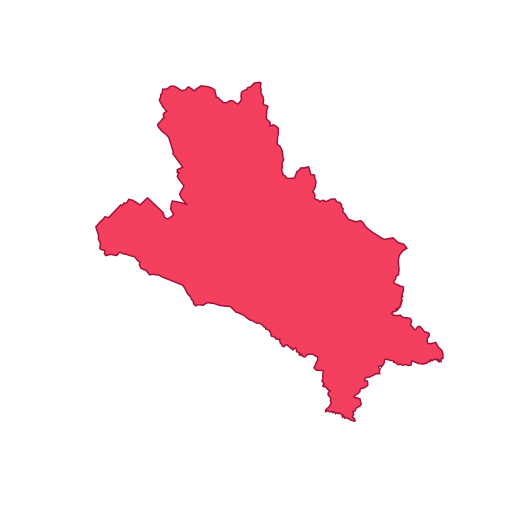 outline of Yen Binh, Yên Bái, Vietnam, rotated 341°
{"feature_id": "81297802B76693228184167", "entity_name": "Yen Binh", "entity_type": "district", "adm_level": 2, "iso_a3": "VNM", "parent_name": "Vietnam", "parent_adm1": "Yên Bái", "projection": "albers", "projection_center": [104.951, 21.859], "detail": "fine", "context": "isolated", "style": "filled", "palette": "rose", "viewbox_px": 512, "rotation_deg": 341, "n_neighbors": 0, "source": "geoboundaries", "source_scale": "gbopen_adm2", "svg_char_len": 6129}
<svg xmlns="http://www.w3.org/2000/svg" viewBox="0 0 512 512"><g transform="rotate(341 256 256)"><path d="M390.6,382.5L388.6,376.9L387.7,375.7L386.0,375.6L383.1,377.5L382.4,377.5L381.7,376.8L381.0,374.2L379.5,371.7L381.9,368.2L381.9,366.4L381.5,365.3L379.3,363.9L375.7,362.5L374.5,361.3L373.1,358.9L369.9,358.2L366.6,356.8L366.5,355.6L365.3,354.7L366.3,354.2L366.9,353.1L369.0,353.8L370.8,353.4L370.8,352.9L371.7,353.2L371.6,351.5L373.1,351.6L372.6,352.2L373.1,352.4L373.5,351.7L374.0,352.0L374.3,351.1L376.0,351.0L375.8,350.6L376.1,349.8L377.7,348.8L377.7,348.1L378.2,347.5L377.9,347.2L378.4,346.4L379.7,345.9L379.7,343.2L380.5,342.2L381.4,342.3L381.3,340.2L383.9,337.0L385.3,333.6L384.8,332.7L382.7,331.6L381.6,330.1L378.6,327.7L377.5,325.9L377.7,325.1L380.2,323.5L381.9,320.8L384.8,320.0L385.7,317.3L386.7,315.9L388.9,307.1L391.2,302.7L392.7,301.3L396.7,298.9L401.2,297.8L400.6,295.8L399.3,292.8L394.6,289.4L391.5,283.4L383.2,282.2L381.3,280.8L373.9,271.6L371.0,267.2L369.3,264.3L368.2,259.8L366.7,256.9L364.0,256.2L361.8,256.4L355.2,251.3L353.7,244.7L352.6,243.4L352.7,241.8L353.8,239.7L352.8,237.9L353.6,235.3L352.8,232.7L351.7,232.4L349.7,230.7L349.6,228.7L349.2,227.8L345.7,226.7L340.1,227.4L338.9,226.6L338.6,225.8L337.2,225.0L334.0,225.3L332.9,223.3L330.8,221.9L330.1,220.1L331.5,217.9L331.5,215.9L330.6,213.8L334.6,209.9L337.0,204.9L336.8,201.3L337.7,198.7L337.2,198.1L335.1,197.3L334.3,196.4L334.9,189.8L334.6,188.6L330.9,188.6L326.9,187.3L325.0,188.8L322.1,189.6L318.2,194.4L316.9,194.8L310.4,192.6L309.8,190.0L307.8,188.0L308.4,186.8L308.1,184.6L308.5,182.3L310.2,180.1L310.7,176.8L313.6,174.0L313.4,172.3L315.0,165.6L314.5,160.5L312.7,157.5L312.7,156.5L314.6,151.5L317.0,147.4L318.7,142.5L317.4,140.1L315.2,137.6L311.3,137.4L312.9,134.4L310.4,129.5L313.5,121.9L315.9,118.7L315.1,117.2L312.7,115.7L312.5,113.9L314.1,110.8L314.0,109.2L314.5,108.0L313.7,103.1L315.0,100.5L315.4,97.0L317.0,94.0L315.7,92.8L310.7,91.9L305.5,94.5L303.2,94.0L301.5,95.5L297.2,95.8L295.4,96.8L293.7,100.3L293.6,102.2L292.3,104.2L289.3,106.0L288.0,106.2L285.8,103.8L285.1,102.1L282.8,100.9L280.8,100.8L278.0,101.5L275.1,100.4L274.1,98.2L272.8,96.5L271.9,94.1L270.2,92.8L271.0,85.6L268.8,82.7L265.4,80.1L259.6,77.3L254.0,78.5L251.8,80.0L247.3,74.1L245.0,74.9L243.5,76.1L239.4,75.4L235.1,69.8L233.1,68.4L230.4,67.7L225.9,69.1L222.2,67.9L220.5,71.1L218.7,72.2L217.5,74.9L215.7,76.6L215.3,77.6L216.6,84.7L218.8,90.1L216.4,90.6L214.7,91.5L214.1,93.3L214.5,95.3L212.4,95.7L210.0,97.5L206.2,99.3L205.6,100.3L205.8,102.5L207.5,106.8L209.1,109.8L210.3,110.9L212.1,115.5L211.7,130.4L211.6,131.1L210.7,131.9L215.7,148.2L209.7,148.7L208.7,151.5L210.4,152.1L207.5,155.0L208.1,158.3L210.7,166.1L209.7,167.5L205.1,171.3L203.9,173.0L204.3,176.9L207.0,184.4L203.2,181.6L194.8,176.7L192.5,179.9L190.6,184.1L191.6,190.1L187.3,191.7L184.9,192.2L183.8,191.7L182.1,189.7L182.2,184.5L172.5,165.9L171.7,165.9L163.1,170.0L157.7,163.3L154.2,161.0L151.1,163.6L149.6,163.8L148.3,162.8L146.1,164.8L144.7,163.7L129.4,171.6L125.7,169.8L123.0,171.7L120.1,172.8L114.0,176.4L113.9,184.9L112.4,189.0L113.1,193.0L110.8,198.0L112.4,200.1L114.3,201.1L114.7,201.8L114.6,202.6L113.5,204.1L114.0,206.7L119.2,207.1L123.9,210.0L125.3,209.9L127.5,208.2L128.9,208.5L131.7,211.1L133.7,212.0L138.6,215.8L140.8,216.9L142.6,221.5L144.2,223.9L142.9,226.3L143.3,230.2L145.3,232.3L146.7,233.1L147.8,234.6L149.2,239.1L153.0,239.8L154.5,240.9L158.0,242.2L160.6,245.4L177.0,259.5L178.1,262.7L179.2,270.1L180.9,273.3L180.8,275.7L182.2,279.1L181.5,279.8L181.4,280.7L182.6,283.5L185.4,283.2L190.1,285.4L193.2,284.5L195.2,284.4L198.9,286.4L200.1,286.7L205.5,290.8L211.7,294.0L214.8,295.1L215.6,295.9L218.9,302.6L220.9,304.0L225.6,308.5L227.1,311.3L229.7,314.9L230.9,315.2L234.9,319.9L236.8,320.1L239.5,323.1L240.3,325.3L241.5,326.2L241.6,328.5L242.4,328.8L244.3,330.6L244.3,331.9L245.1,333.5L244.4,335.6L244.5,336.8L247.6,338.8L247.6,340.7L250.4,342.4L251.5,342.4L250.8,343.8L250.7,346.7L251.6,347.8L251.5,349.6L252.8,350.9L255.5,349.8L256.4,350.0L258.0,352.9L258.9,353.7L258.8,354.8L260.3,355.6L260.3,356.8L262.2,355.9L263.6,355.9L264.0,356.7L263.4,358.4L263.4,359.8L265.5,361.6L265.6,362.3L264.8,362.9L264.8,363.6L266.1,364.6L267.0,363.8L267.3,365.4L268.4,367.0L269.5,367.4L272.6,365.8L275.1,366.3L277.9,367.5L279.5,369.8L281.6,371.4L280.9,372.7L280.7,374.4L278.5,376.0L276.7,378.5L274.5,380.5L275.2,382.7L276.3,383.8L282.4,386.3L279.9,391.1L279.7,393.3L277.6,395.8L278.2,396.2L278.3,398.2L278.8,399.2L277.1,400.1L276.8,400.9L277.4,401.7L279.2,401.7L279.5,403.2L281.2,407.1L282.2,407.7L280.7,408.3L279.1,409.6L279.2,411.6L280.4,414.6L279.2,417.2L279.3,419.6L276.2,422.3L271.9,424.2L271.1,425.8L273.7,425.9L274.6,427.1L277.5,428.0L277.3,428.7L277.5,429.1L279.6,429.2L280.0,430.9L281.0,430.3L282.1,431.8L283.2,431.4L284.2,431.6L284.2,432.3L285.6,434.2L285.4,436.0L286.4,435.1L286.5,436.8L287.2,436.7L287.1,438.2L289.3,438.5L292.4,442.2L295.4,444.3L296.1,443.9L296.1,441.9L294.8,439.9L294.9,439.3L296.8,437.6L296.8,435.0L299.0,434.8L301.3,432.3L305.4,431.8L307.2,430.4L307.8,425.0L306.6,424.3L305.6,423.0L303.4,422.2L302.6,421.1L305.9,419.6L308.0,419.3L308.9,418.3L310.0,418.1L310.8,416.4L311.9,415.5L315.4,415.9L319.5,414.8L320.7,410.9L320.3,410.3L318.0,409.1L318.6,407.8L321.2,406.8L322.8,406.9L323.7,407.5L331.1,406.5L334.8,407.5L334.9,405.3L336.6,403.2L335.7,401.3L335.9,400.2L337.7,400.4L338.5,401.7L339.3,400.4L340.0,400.9L342.7,398.5L343.5,396.2L344.1,395.6L345.2,395.7L349.7,398.9L351.1,399.2L352.0,400.3L351.6,401.2L353.6,402.6L354.9,405.0L357.5,405.5L359.7,407.3L361.8,407.1L364.4,409.1L366.6,409.6L367.5,409.1L368.1,407.4L369.4,405.9L374.6,410.6L376.2,411.1L378.5,412.5L382.6,413.0L384.5,412.0L385.8,412.5L386.8,412.1L386.5,411.3L386.8,411.0L387.7,411.7L389.0,411.4L388.3,412.0L388.5,412.3L390.7,411.7L391.6,412.3L392.7,412.2L393.3,413.5L394.1,412.8L394.6,412.9L395.3,414.5L394.2,414.8L394.2,415.5L395.6,415.5L396.6,416.1L397.3,413.6L398.2,413.4L399.2,413.9L399.6,413.1L400.8,409.9L401.0,405.9L398.5,401.2L398.0,396.5L397.6,396.2L393.8,396.0L390.1,394.8L390.0,392.8L391.0,390.0L393.9,387.8L394.4,385.9L394.0,384.7L390.6,382.5Z" fill="#f43f5e" stroke="#9f1239" stroke-width="1.5"/></g></svg>